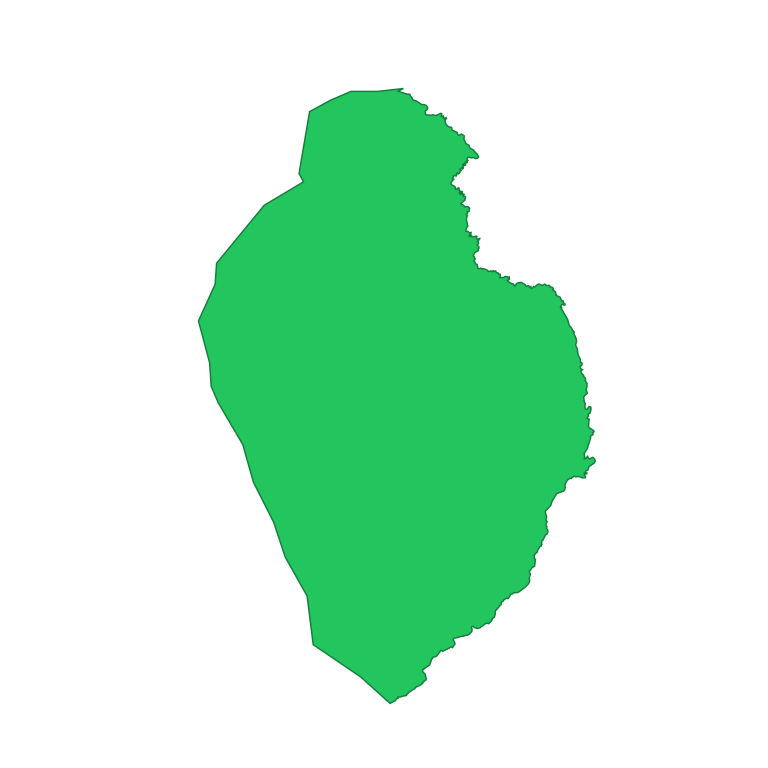 outline of Yunyoo-nasuan, Northern, Ghana, rotated 233°
{"feature_id": "2480657B16330149254954", "entity_name": "Yunyoo-nasuan", "entity_type": "district", "adm_level": 2, "iso_a3": "GHA", "parent_name": "Ghana", "parent_adm1": "Northern", "projection": "robinson", "projection_center": [-0.116, 10.434], "detail": "fine", "context": "isolated", "style": "filled", "palette": "green", "viewbox_px": 768, "rotation_deg": 233, "n_neighbors": 0, "source": "geoboundaries", "source_scale": "gbopen_adm2", "svg_char_len": 6171}
<svg xmlns="http://www.w3.org/2000/svg" viewBox="0 0 768 768"><g transform="rotate(233 384 384)"><path d="M608.3,577.3L621.5,555.0L637.5,533.8L642.8,512.1L646.3,488.5L603.2,442.8L593.9,441.4L598.8,395.9L581.2,323.0L565.3,309.2L546.0,273.8L505.9,257.5L486.1,244.6L468.5,240.3L420.6,234.8L384.1,220.6L340.1,212.7L304.9,200.9L260.9,195.0L218.4,170.6L164.1,189.1L125.3,196.6L124.3,202.7L125.1,204.5L124.5,206.0L125.7,206.8L124.3,208.6L122.9,212.3L121.7,214.4L122.3,215.6L122.7,218.1L122.6,222.7L122.1,224.9L122.7,226.8L121.7,231.7L121.7,234.7L122.5,236.3L122.4,239.2L123.1,240.4L127.9,242.3L130.3,241.7L132.5,242.8L132.2,251.4L135.8,256.9L135.8,258.1L136.4,259.0L135.2,261.1L135.1,262.8L137.0,268.9L136.4,269.7L135.3,269.9L133.8,277.1L134.0,278.5L133.6,279.4L132.3,280.0L133.6,284.2L135.0,284.9L138.4,285.4L138.8,285.9L138.6,287.7L136.8,291.1L136.7,292.4L134.4,296.5L134.1,298.3L133.2,299.3L132.9,301.8L133.4,305.1L135.6,307.0L136.7,307.1L137.5,308.5L136.7,309.5L135.3,309.5L132.5,311.4L131.5,314.2L131.8,315.2L131.5,316.9L131.7,320.3L131.0,322.2L129.6,323.4L130.2,327.5L131.5,329.6L131.4,331.8L133.7,334.9L135.1,335.5L135.9,336.9L136.8,341.7L137.3,342.3L137.2,344.1L137.7,345.2L138.6,345.5L139.2,347.4L138.9,348.8L139.4,349.5L139.4,352.3L137.9,354.1L139.8,358.8L139.1,360.3L139.1,362.1L136.9,365.5L136.7,374.2L137.5,379.2L138.9,381.6L142.0,383.7L143.9,386.4L145.8,386.7L146.8,387.4L148.2,391.6L147.9,394.7L152.8,399.4L154.2,399.0L156.7,400.9L157.5,403.3L157.5,405.3L158.9,406.9L160.3,410.3L160.0,412.2L160.9,412.8L160.9,413.7L162.3,414.1L162.8,414.9L163.9,415.5L163.7,417.1L166.2,422.1L166.1,423.9L167.2,425.9L169.0,426.9L170.7,426.7L171.9,428.2L173.6,428.1L175.0,429.3L175.8,431.4L178.1,431.5L180.2,434.1L183.1,435.0L185.4,436.4L186.7,444.1L189.3,447.8L192.3,455.4L192.4,456.7L190.5,462.6L190.6,464.2L192.1,466.3L194.4,467.6L196.4,471.1L196.9,472.8L196.8,475.7L195.8,476.7L196.1,477.8L195.8,480.7L194.2,481.5L193.9,482.6L191.5,485.0L189.6,485.9L188.0,488.5L188.6,489.2L190.9,489.2L192.1,490.4L190.5,491.0L190.3,492.0L190.8,492.5L192.3,492.0L193.0,492.6L192.7,495.2L194.6,498.1L194.4,504.7L195.4,506.4L197.6,507.1L199.4,506.7L200.0,506.2L200.2,504.0L200.7,503.1L201.9,502.6L203.7,503.1L203.1,500.3L203.7,499.0L205.0,500.4L208.1,502.1L209.9,507.2L211.2,509.2L212.4,510.1L213.1,511.9L216.8,516.7L218.2,517.6L217.8,520.0L218.2,520.9L219.7,521.2L219.4,522.8L219.8,523.2L221.0,523.3L225.5,521.6L227.3,521.9L232.5,526.7L233.6,525.8L234.7,525.7L235.3,527.9L237.0,528.7L236.7,530.9L238.9,533.8L240.7,535.1L241.6,535.1L242.5,533.8L241.6,531.2L241.9,530.4L242.6,530.0L244.6,530.4L247.4,533.0L249.2,533.3L253.2,535.4L254.0,537.1L254.2,540.2L254.6,541.1L257.6,541.8L259.9,544.8L261.2,545.4L262.2,546.5L264.9,546.6L267.2,548.3L269.5,548.1L271.0,548.6L274.3,548.3L275.4,548.7L276.0,549.5L276.0,551.2L277.7,550.3L280.0,551.0L279.9,553.1L280.9,554.5L282.0,554.7L283.4,554.0L285.7,555.7L291.4,556.7L292.0,557.5L296.3,559.7L299.3,560.3L300.3,561.0L302.1,563.4L304.3,564.6L310.6,566.2L310.9,567.1L313.4,567.0L316.5,567.5L319.1,567.1L325.1,569.5L336.3,570.9L337.0,570.7L337.8,571.7L338.7,571.0L339.3,571.1L339.5,572.5L340.0,572.7L340.4,573.6L340.2,574.3L338.4,575.5L338.3,576.2L338.9,576.6L341.2,576.3L342.5,577.0L343.8,576.0L347.3,576.9L351.2,574.8L351.6,575.4L352.8,575.4L354.3,576.4L355.9,575.8L356.6,576.2L357.9,575.4L358.4,576.6L359.6,576.7L361.7,575.2L363.4,575.3L363.9,574.1L365.2,573.0L367.0,572.5L367.6,569.6L370.6,567.8L371.0,566.3L370.8,562.6L371.7,562.2L371.2,560.1L371.5,559.3L373.2,558.7L373.1,559.8L373.3,559.8L375.8,558.2L376.4,556.4L378.6,556.5L382.7,554.7L384.1,552.1L384.3,550.6L383.6,547.4L386.6,547.2L387.7,546.1L391.8,544.6L392.5,544.7L392.0,547.1L394.0,548.3L393.9,547.1L394.9,547.4L395.7,546.9L397.0,545.1L397.0,543.7L399.2,540.5L399.9,541.0L400.1,541.9L401.7,542.8L402.9,541.7L404.0,542.0L405.2,540.8L407.1,541.2L407.7,539.8L408.9,539.3L408.7,537.9L410.1,537.3L410.7,535.6L411.3,535.1L413.2,534.8L416.2,532.9L417.0,531.5L418.3,531.0L418.7,529.4L419.4,528.8L420.2,528.8L423.4,530.3L425.1,529.4L427.0,530.0L428.1,529.6L429.0,532.1L429.8,531.9L431.1,532.6L432.6,532.5L434.3,535.1L433.8,539.7L435.0,540.5L435.4,541.7L436.3,542.3L439.0,542.0L439.2,543.6L440.0,544.6L440.5,544.8L441.3,544.2L442.0,545.6L441.9,547.0L442.5,547.9L443.0,547.0L443.0,545.7L445.2,545.6L446.0,547.0L446.7,546.7L447.8,543.5L448.4,543.0L450.0,543.2L450.0,541.8L450.6,541.0L451.3,541.4L451.6,543.6L452.6,544.7L453.3,543.1L455.2,542.9L456.9,541.2L458.8,543.4L459.6,545.9L465.4,548.6L467.7,550.7L468.2,552.0L469.9,551.9L470.2,553.7L471.4,553.9L470.7,556.3L472.2,557.0L472.9,558.2L475.2,557.8L477.0,555.1L477.9,555.2L479.8,554.7L481.3,553.5L481.8,554.1L482.3,559.7L483.6,560.3L483.6,561.1L484.2,561.6L485.0,561.7L486.2,560.3L487.1,560.6L487.0,561.9L487.5,562.0L488.8,561.0L489.1,559.4L490.5,559.0L491.2,559.4L489.7,561.3L490.1,562.2L490.8,562.2L491.5,561.6L492.0,560.2L495.4,561.8L496.0,561.2L495.7,559.0L496.4,558.2L497.9,559.3L499.4,559.3L502.8,557.7L504.1,558.2L505.2,560.7L505.5,563.0L506.8,562.3L507.4,563.7L508.4,564.4L508.2,565.4L506.7,566.8L507.1,567.7L507.9,567.7L508.4,569.6L507.3,569.5L507.0,570.0L507.2,571.8L508.2,572.4L508.0,574.0L508.7,574.2L509.6,573.7L509.9,574.7L509.7,575.4L508.4,576.3L508.6,577.2L509.1,577.6L509.9,577.0L510.3,578.0L510.2,579.4L511.5,578.8L512.0,579.3L511.7,580.3L510.1,580.2L509.8,580.6L510.2,581.3L511.5,581.7L510.8,583.8L511.1,584.0L512.3,583.3L512.1,585.6L513.7,585.4L514.4,587.4L514.1,588.4L511.8,590.0L511.0,591.8L508.7,593.0L508.0,594.5L508.2,595.9L508.7,596.4L512.5,596.7L513.5,596.3L516.9,596.3L520.5,594.6L523.5,595.5L526.6,594.1L531.6,595.2L533.6,597.4L537.1,596.3L537.2,594.6L537.9,593.2L539.2,593.1L540.9,593.8L546.0,591.1L547.9,592.3L548.8,592.2L549.2,591.2L551.1,590.3L553.8,589.7L557.2,590.9L558.2,591.9L558.6,593.8L559.5,593.8L559.7,593.2L559.3,591.7L561.0,591.8L561.8,592.6L562.4,592.6L562.7,591.2L563.4,590.8L564.9,592.7L565.9,592.4L567.4,586.5L569.6,585.3L570.1,583.6L573.6,579.6L574.1,579.4L576.5,580.7L577.2,581.5L577.1,583.6L578.3,585.0L579.6,585.4L581.3,585.3L583.0,584.2L584.3,582.4L590.4,580.2L593.6,578.0L596.0,578.7L598.3,578.4L599.8,579.0L601.7,576.8L609.3,571.4L608.3,577.3Z" fill="#22c55e" stroke="#15803d" stroke-width="1.5"/></g></svg>